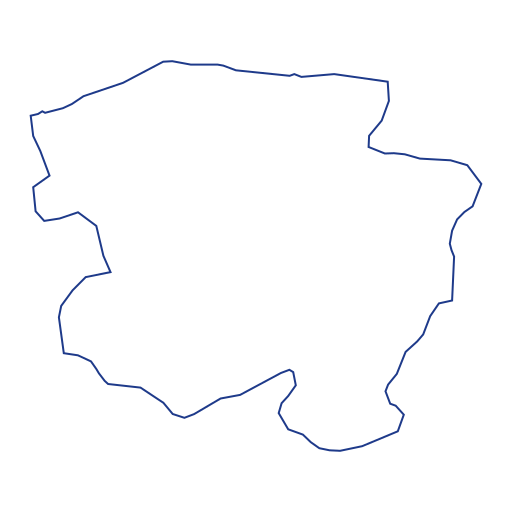 the border of Kastamonu
{"feature_id": "TUR-2270", "entity_name": "Kastamonu", "entity_type": "Province", "adm_level": 1, "iso_a3": "TUR", "parent_name": "Turkey", "parent_adm1": "", "projection": "mercator", "projection_center": [33.677, 41.441], "detail": "fine", "context": "isolated", "style": "outline", "palette": "blue", "viewbox_px": 512, "rotation_deg": 0, "n_neighbors": 0, "source": "natural_earth", "source_scale": "10m", "svg_char_len": 1216}
<svg xmlns="http://www.w3.org/2000/svg" viewBox="0 0 512 512"><path d="M30.7,115.7L38.0,114.0L42.3,111.3L45.1,112.8L62.9,108.2L71.9,104.0L83.5,96.2L123.1,82.8L163.2,61.7L172.3,61.2L190.8,64.6L217.6,64.6L223.3,65.6L235.9,70.3L289.7,75.8L294.3,74.1L301.4,76.9L334.2,74.1L387.7,81.7L388.9,100.9L381.7,120.6L369.1,135.8L368.6,147.0L384.9,153.5L393.9,153.2L404.8,154.3L419.9,158.6L450.6,160.3L467.3,165.2L481.3,183.9L472.6,206.3L464.4,212.0L457.1,219.4L452.1,230.7L449.8,243.7L451.5,250.1L454.1,256.6L452.1,300.5L438.9,303.4L430.2,316.1L423.2,334.4L417.3,341.3L405.6,351.9L396.8,373.9L388.1,384.6L385.5,391.3L390.2,403.7L395.7,405.7L403.8,414.7L397.8,431.3L362.1,446.2L340.1,450.8L329.6,450.3L319.3,448.2L310.8,442.2L302.9,434.6L288.2,429.3L278.7,413.1L281.6,403.2L288.2,396.0L295.8,385.3L293.2,372.1L289.4,369.8L280.9,373.0L240.1,394.9L220.6,398.5L194.1,414.1L184.4,417.8L172.7,414.0L163.4,402.8L140.5,387.6L108.1,384.0L104.7,380.9L98.9,373.3L96.4,369.1L91.0,361.4L77.9,355.3L63.8,353.2L58.9,317.3L61.2,305.9L72.6,290.3L85.7,277.1L110.5,272.1L103.4,255.8L96.3,225.9L78.0,212.3L59.6,218.5L44.2,220.9L35.6,211.3L33.2,187.2L49.5,175.6L40.3,151.0L33.2,136.0L30.7,115.7Z" fill="none" stroke="#1e3a8a" stroke-width="2"/></svg>